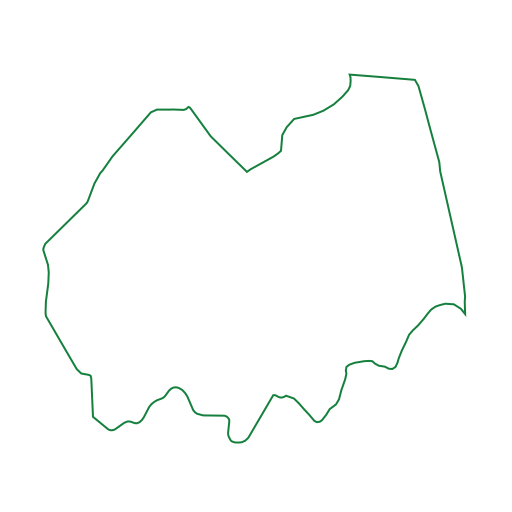 South Kordufan, Equal Earth projection, rotated 184°
{"feature_id": "SDN-882", "entity_name": "South Kordufan", "entity_type": "State", "adm_level": 1, "iso_a3": "SDN", "parent_name": "Sudan", "parent_adm1": "", "projection": "equal_earth", "projection_center": [29.886, 11.03], "detail": "fine", "context": "isolated", "style": "outline", "palette": "green", "viewbox_px": 512, "rotation_deg": 184, "n_neighbors": 0, "source": "natural_earth", "source_scale": "10m", "svg_char_len": 2216}
<svg xmlns="http://www.w3.org/2000/svg" viewBox="0 0 512 512"><g transform="rotate(184 256 256)"><path d="M439.6,149.2L461.2,181.1L461.4,181.8L461.8,183.5L462.0,184.8L462.4,196.0L461.3,213.8L461.6,225.2L462.9,232.7L468.7,247.3L468.3,250.0L467.0,253.5L447.8,275.2L428.6,296.9L427.6,299.0L422.2,317.1L417.2,327.7L414.9,330.7L406.0,345.5L388.4,368.7L370.9,392.0L365.1,395.1L347.6,396.4L338.3,396.7L337.3,397.1L335.7,397.9L334.7,399.1L333.6,400.0L332.5,399.5L331.2,398.2L309.5,372.2L290.2,355.7L270.9,339.3L267.2,342.3L245.4,356.4L240.9,360.1L238.4,362.7L238.2,378.5L234.4,386.6L227.5,395.4L208.6,400.9L198.8,405.7L188.8,412.8L187.1,414.6L180.9,421.0L175.6,427.9L173.9,432.2L173.8,436.9L174.2,440.8L175.2,443.5L142.4,443.2L109.8,442.8L105.8,436.9L97.5,413.7L91.9,397.3L79.7,362.4L78.2,353.4L49.8,259.0L44.6,230.2L44.6,229.8L44.6,225.1L43.3,212.6L47.9,217.6L55.2,221.6L63.8,221.6L69.0,219.9L73.3,218.1L77.6,214.7L80.6,210.6L84.0,205.4L89.6,197.9L94.4,192.7L97.8,188.1L100.4,180.6L103.9,171.9L106.5,163.8L107.3,159.8L109.1,155.1L112.1,152.8L115.5,152.8L119.8,154.6L125.8,155.1L129.7,156.9L132.7,159.2L136.1,159.2L140.8,158.6L150.3,156.3L155.4,154.0L158.0,151.7L158.4,148.2L157.6,144.7L158.5,139.0L161.5,128.0L163.2,118.8L165.8,113.6L168.4,111.3L171.8,108.4L174.8,102.6L178.7,96.8L180.8,95.1L183.8,94.5L186.4,95.7L192.0,101.5L197.5,106.6L202.7,111.8L208.2,116.5L216.3,118.7L218.5,117.2L220.9,116.5L222.9,116.7L224.5,117.3L226.1,118.1L227.5,118.5L229.1,118.3L251.0,74.1L253.9,71.0L257.0,69.3L260.2,68.7L263.2,68.5L265.7,68.9L266.9,69.3L267.7,69.8L268.3,70.3L269.1,71.4L270.6,73.9L271.1,75.2L271.4,76.5L271.5,78.2L271.1,89.1L271.3,90.7L272.1,92.1L274.0,93.8L276.4,94.5L297.6,93.3L303.7,94.5L305.8,95.7L307.8,97.7L314.7,111.1L317.1,114.3L320.2,117.2L323.0,118.6L325.1,119.3L327.2,119.4L329.4,118.9L331.5,117.6L333.4,115.6L336.7,110.3L337.6,109.1L338.5,108.3L340.0,107.3L344.7,105.2L347.4,103.3L350.1,100.8L352.1,97.8L356.6,87.4L358.4,84.4L360.7,82.0L363.2,80.8L365.3,80.8L369.6,82.0L371.5,82.1L373.3,81.7L375.8,80.4L385.0,72.9L387.5,72.1L389.4,72.1L391.4,72.8L407.4,84.2L411.7,121.7L412.1,123.4L412.6,124.9L413.7,125.5L414.9,125.8L422.1,126.6L426.9,130.6L439.6,149.2Z" fill="none" stroke="#15803d" stroke-width="2"/></g></svg>